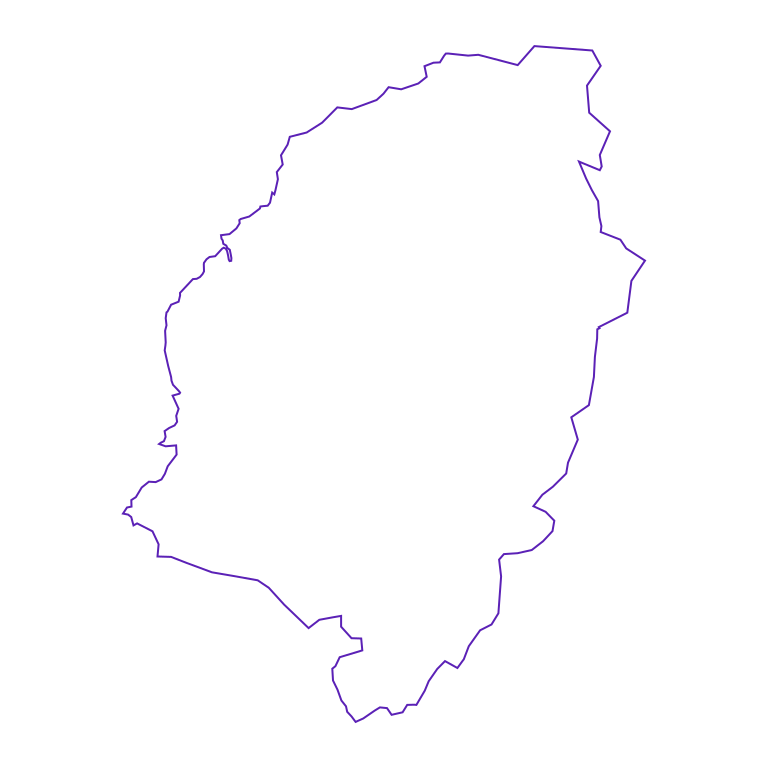 Arminou, Paphos, Cyprus (orthographic projection)
{"feature_id": "46923920B96831730642133", "entity_name": "Arminou", "entity_type": "district", "adm_level": 2, "iso_a3": "CYP", "parent_name": "Cyprus", "parent_adm1": "Paphos", "projection": "orthographic", "projection_center": [32.715, 34.867], "detail": "fine", "context": "isolated", "style": "outline", "palette": "violet", "viewbox_px": 768, "rotation_deg": 0, "n_neighbors": 0, "source": "geoboundaries", "source_scale": "gbopen_adm2", "svg_char_len": 2652}
<svg xmlns="http://www.w3.org/2000/svg" viewBox="0 0 768 768"><path d="M133.5,525.4L137.1,523.4L152.5,531.3L158.6,544.3L157.5,556.5L171.1,556.9L186.8,563.0L211.9,572.3L233.0,575.9L257.7,580.3L268.8,587.8L284.2,604.7L293.2,613.3L308.6,628.1L319.3,619.8L332.9,617.3L341.1,615.9L341.1,626.7L351.5,638.2L361.2,638.5L362.3,650.4L339.7,657.2L335.4,666.2L332.3,668.7L333.0,680.5L337.5,689.7L341.4,700.5L346.0,706.3L347.2,711.8L351.5,716.4L355.6,721.9L363.2,718.5L374.7,710.6L379.9,707.4L387.0,708.1L391.6,714.8L402.6,712.3L407.2,704.9L414.1,704.7L416.4,704.9L424.8,690.6L428.7,681.2L437.2,669.0L445.0,661.1L457.4,668.0L462.8,660.6L463.8,659.3L468.8,646.2L480.1,630.3L491.5,624.5L498.4,613.3L501.1,576.4L499.1,559.6L503.9,554.1L517.6,553.2L531.8,550.0L543.1,541.2L552.5,531.1L554.3,520.7L545.6,511.8L533.4,506.2L542.4,494.7L552.9,486.7L566.2,473.5L568.0,462.7L577.8,439.6L571.3,417.3L588.9,405.1L593.9,377.0L594.9,356.9L597.1,338.6L597.3,329.3L599.5,328.2L598.8,327.1L627.3,312.7L631.4,280.9L645.0,260.6L626.2,248.4L620.4,239.7L600.7,232.0L601.4,226.1L599.4,217.3L598.1,201.1L591.8,190.0L586.1,178.5L579.0,161.6L599.8,170.2L601.7,166.5L599.8,155.0L610.0,131.3L589.2,112.7L587.0,85.6L600.7,65.8L592.3,50.5L534.4,46.1L517.7,65.1L478.3,54.8L468.1,55.6L448.0,53.5L445.8,53.6L444.1,55.7L439.9,62.4L433.5,62.7L424.5,66.2L425.4,70.5L426.7,76.8L418.3,83.5L401.2,89.3L388.6,87.2L383.4,93.8L376.6,100.0L351.8,109.1L337.3,107.4L322.1,122.7L309.0,131.0L306.7,132.5L289.8,136.8L287.6,144.6L281.0,155.3L282.7,164.5L276.8,172.1L277.9,179.2L275.5,190.0L274.3,194.4L272.2,192.6L270.0,202.7L267.7,205.7L262.7,206.2L260.4,206.5L259.9,208.5L249.3,216.5L240.7,219.0L239.3,220.1L239.7,223.2L236.4,228.4L229.5,234.1L221.0,235.2L221.5,238.7L222.7,240.4L223.3,243.8L226.3,245.6L227.3,247.9L229.8,249.8L230.8,254.7L231.4,258.1L231.2,260.8L229.6,261.1L228.8,259.7L228.1,255.5L227.1,251.1L225.8,248.7L223.8,247.7L222.1,248.7L215.2,256.2L209.5,257.0L206.5,259.3L205.3,261.0L204.0,262.8L203.8,264.3L204.0,271.4L202.6,274.0L200.0,277.0L196.7,278.8L192.9,279.1L180.0,292.9L180.1,295.5L178.6,301.7L171.1,304.7L167.5,311.6L166.5,312.4L165.7,318.2L166.5,325.3L165.1,330.8L165.7,342.4L165.4,345.6L164.7,350.4L168.2,366.0L171.1,377.0L171.5,380.7L173.0,384.8L179.2,391.4L180.1,392.7L179.4,393.7L172.6,395.6L178.6,408.8L176.2,415.9L176.5,417.7L177.1,421.8L174.6,425.4L169.1,428.0L164.6,431.1L165.6,436.9L163.9,441.2L160.8,442.7L159.1,444.0L165.6,446.3L176.1,445.4L176.6,454.6L167.7,466.3L164.9,473.8L161.5,479.4L155.7,482.1L148.9,481.7L141.7,487.5L135.9,497.1L131.3,500.1L131.5,506.6L127.0,507.5L123.0,513.6L128.1,514.6L131.2,517.0L133.5,525.4Z" fill="none" stroke="#5b21b6" stroke-width="2"/></svg>